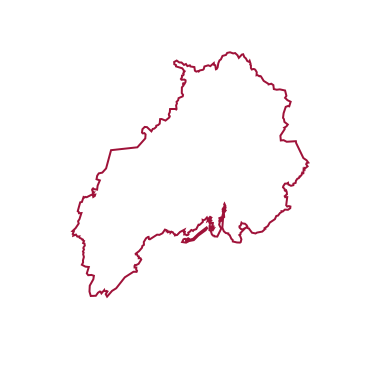 Ballina Lea-6, Mayo, Ireland, rotated 124°
{"feature_id": "5873133B94480778200635", "entity_name": "Ballina Lea-6", "entity_type": "district", "adm_level": 2, "iso_a3": "IRL", "parent_name": "Ireland", "parent_adm1": "Mayo", "projection": "robinson", "projection_center": [-9.261, 54.165], "detail": "fine", "context": "isolated", "style": "outline", "palette": "rose", "viewbox_px": 384, "rotation_deg": 124, "n_neighbors": 0, "source": "geoboundaries", "source_scale": "gbopen_adm2", "svg_char_len": 6068}
<svg xmlns="http://www.w3.org/2000/svg" viewBox="0 0 384 384"><g transform="rotate(124 192 192)"><path d="M91.6,278.2L94.2,279.5L96.0,278.1L95.7,276.4L96.8,275.5L94.9,269.2L95.9,266.5L96.6,266.2L96.3,265.6L98.6,265.6L98.9,264.8L100.1,264.5L101.1,265.4L102.7,264.4L104.5,264.4L104.8,263.5L103.0,261.1L103.0,259.8L104.4,258.9L106.5,258.7L106.7,260.0L107.5,259.9L108.4,258.6L110.9,258.9L115.7,255.8L116.5,253.7L117.9,253.2L121.7,255.6L123.7,254.8L125.9,255.2L127.0,254.0L129.1,253.6L131.9,251.2L132.4,251.2L132.6,252.4L135.5,256.6L138.3,255.0L140.5,254.7L141.6,253.6L141.6,252.8L142.9,252.5L147.6,253.9L148.5,258.0L149.4,259.2L153.4,257.0L155.4,257.5L157.0,258.7L158.1,258.1L160.5,258.7L161.7,259.8L164.4,259.6L163.4,265.6L164.5,267.6L167.7,268.2L170.7,266.7L170.9,265.5L169.8,264.4L170.2,262.7L173.7,260.7L185.5,262.3L202.6,282.5L220.5,276.4L226.1,277.2L228.7,279.7L231.5,279.7L234.8,278.3L233.9,274.9L239.5,273.8L243.1,272.0L244.4,274.8L244.3,276.0L245.7,276.2L246.4,275.7L247.1,274.0L248.3,274.6L247.2,273.1L249.0,273.1L249.3,271.9L248.3,270.8L249.7,270.4L251.3,271.1L250.2,272.2L250.2,273.6L255.2,276.4L255.8,277.8L256.7,278.0L256.8,279.1L261.8,277.7L263.1,278.9L271.8,276.0L271.8,274.9L272.8,273.8L271.3,271.9L277.5,270.1L279.9,270.1L281.5,268.3L287.1,268.3L291.2,269.2L290.7,268.0L293.5,267.4L293.5,266.5L294.6,266.0L292.2,264.4L293.1,262.1L291.8,260.6L292.5,260.4L292.8,259.5L292.5,257.1L292.9,256.3L292.5,255.7L293.1,255.0L293.0,254.1L295.2,253.7L294.9,252.3L296.4,250.9L298.4,251.0L299.3,250.7L299.9,249.5L302.5,249.0L302.9,247.9L304.4,247.5L306.3,245.3L309.6,244.2L311.3,242.9L313.9,242.6L313.5,238.7L311.9,235.6L318.3,233.7L319.0,231.5L317.0,229.0L316.3,226.5L319.5,225.0L326.8,224.4L331.9,221.3L334.8,217.8L331.8,213.7L328.1,213.6L326.1,212.8L325.8,212.1L326.7,210.4L322.4,209.9L323.0,209.3L322.4,207.8L321.8,207.5L321.7,206.5L324.9,206.4L326.2,203.9L318.7,203.0L314.2,201.0L300.3,200.0L290.8,195.9L289.2,193.3L288.1,193.5L287.4,195.0L285.8,195.9L286.7,197.4L285.5,198.3L284.3,198.4L283.9,197.5L281.4,196.1L276.4,196.3L275.7,197.7L276.7,199.1L275.2,200.0L275.5,201.0L274.6,202.5L274.9,203.3L274.3,203.4L275.0,203.9L274.7,204.2L270.6,202.8L266.2,202.3L264.5,203.0L262.7,202.3L260.4,204.0L256.1,204.2L254.0,203.4L253.5,202.9L255.1,201.3L254.8,200.5L246.9,197.1L245.7,195.0L242.7,193.4L238.3,193.4L237.9,191.8L238.7,191.2L237.3,189.8L238.7,190.4L239.0,189.6L237.5,188.5L237.7,187.9L237.0,187.4L237.6,187.0L236.5,186.8L236.1,185.5L236.9,183.4L236.6,182.5L237.5,181.9L235.9,180.3L231.9,179.6L227.6,177.3L229.3,177.0L229.9,176.3L229.2,175.6L231.5,174.7L230.8,173.7L230.9,172.4L229.9,171.4L229.0,171.2L227.8,172.4L225.6,171.4L224.6,171.6L223.7,171.1L223.7,169.4L222.5,169.3L220.4,167.7L215.5,168.3L215.2,167.4L210.7,166.3L209.2,167.5L209.1,166.7L207.4,165.7L204.8,165.4L206.2,163.2L207.2,162.9L206.1,162.5L206.4,162.0L204.0,163.3L202.5,163.1L202.4,161.7L203.5,161.8L203.3,161.2L203.8,161.9L205.1,161.5L204.4,161.1L205.3,160.7L205.1,160.2L206.1,160.3L205.4,161.1L206.1,161.7L207.4,160.9L208.4,159.2L207.6,159.2L207.4,159.8L206.1,160.1L207.3,158.5L206.4,157.3L205.1,157.9L208.3,156.2L208.8,155.7L208.5,154.9L211.1,154.2L210.2,153.5L212.1,153.4L212.0,154.5L212.4,154.6L209.8,156.8L210.3,158.4L213.9,156.2L213.8,154.6L215.9,152.0L216.4,150.4L215.9,149.2L216.3,148.6L214.8,146.1L206.1,147.3L203.9,151.2L201.5,152.2L200.8,153.2L198.6,153.7L199.0,153.9L198.4,154.7L197.0,153.8L197.7,152.8L195.1,152.5L194.8,153.4L191.8,154.5L191.0,155.6L190.6,155.7L190.5,154.6L189.7,154.9L188.9,155.7L189.4,156.8L189.1,157.0L185.3,157.1L184.3,158.4L183.6,158.5L184.8,156.6L187.8,156.0L186.8,155.3L188.5,154.7L188.5,153.8L191.5,153.9L194.8,151.3L196.8,152.0L199.3,151.6L197.6,150.9L204.6,146.9L206.8,143.6L207.1,141.0L206.0,138.7L206.8,138.1L206.7,136.6L208.8,133.2L209.0,131.5L210.2,130.5L208.7,126.5L207.1,123.9L206.3,123.6L203.6,124.6L201.5,127.5L201.2,128.7L199.7,128.2L198.8,128.9L191.9,127.6L194.9,129.2L195.3,130.6L194.9,132.7L193.9,133.5L192.5,132.9L189.8,133.8L190.0,132.9L188.7,130.4L189.0,128.1L189.7,126.8L191.2,127.3L190.4,124.3L191.2,122.7L191.7,122.9L191.1,122.6L192.2,119.5L190.8,116.1L189.3,115.4L185.5,111.6L182.7,110.9L181.6,111.5L181.3,110.7L180.5,111.2L177.9,110.1L173.9,110.4L168.2,108.1L164.7,108.7L163.5,107.5L160.2,107.3L158.4,106.5L157.8,107.0L157.2,105.8L154.6,105.1L153.1,102.5L150.5,101.5L149.0,102.3L149.5,103.8L150.8,104.9L150.3,106.5L143.0,110.2L144.2,111.8L143.6,112.8L140.8,112.0L139.0,113.5L138.0,114.9L138.9,115.4L138.8,116.0L137.8,116.7L137.2,119.2L136.0,119.6L133.1,119.6L131.9,118.0L130.7,117.5L131.9,116.3L131.5,113.4L129.7,111.8L128.4,112.6L126.5,111.2L124.6,112.1L122.2,112.1L120.8,111.2L119.0,111.5L118.9,111.0L116.4,110.7L115.3,111.2L114.6,110.5L114.2,111.1L113.8,110.4L110.4,112.4L110.4,111.3L109.1,112.1L108.9,111.4L106.1,110.5L105.1,112.9L103.9,113.1L102.6,112.0L101.6,114.9L101.6,118.6L93.2,133.0L91.8,134.3L97.4,141.6L97.8,145.0L99.6,147.2L95.9,150.2L88.1,150.3L87.2,150.8L87.1,151.5L84.8,150.4L82.5,150.3L82.2,154.6L80.2,156.5L79.6,158.0L75.5,160.1L69.0,161.9L67.0,160.5L66.6,159.3L62.0,160.7L62.5,164.2L61.9,167.5L59.5,167.5L55.8,171.6L57.8,176.6L59.8,178.9L60.9,181.7L57.9,184.3L57.9,186.8L60.0,188.7L59.6,189.2L59.8,194.7L57.6,199.5L57.8,200.6L58.4,200.9L58.5,203.3L59.1,203.8L56.5,205.3L55.4,207.6L55.2,208.7L55.7,209.9L57.0,210.9L56.2,212.6L54.0,214.0L53.8,215.0L52.9,215.2L51.1,217.5L52.2,217.4L52.5,219.4L51.1,222.1L50.9,224.0L49.2,226.6L50.2,227.5L54.6,228.2L53.2,230.7L52.7,233.9L54.1,235.4L54.9,238.6L57.0,240.6L59.4,240.5L62.1,242.8L65.9,242.2L67.5,242.8L70.5,242.2L74.5,240.4L76.4,240.4L76.9,240.8L73.9,243.6L74.3,244.7L72.9,246.0L77.4,247.2L77.9,249.4L81.0,251.9L83.6,251.0L84.6,251.3L86.8,253.5L88.3,253.8L88.1,254.4L89.8,255.8L89.8,257.4L87.1,259.9L88.8,263.5L88.2,264.6L90.2,266.2L89.3,268.6L91.1,269.7L90.5,273.1L91.7,275.0L91.6,278.2ZM236.0,172.6L239.0,172.2L237.3,168.6L234.3,167.0L230.9,163.6L224.6,162.4L216.0,159.3L213.6,159.2L213.2,160.1L222.7,163.3L230.0,164.9L232.4,166.7L232.5,169.3L232.9,169.5L233.2,168.5L235.6,169.8L234.6,170.7L234.7,171.6L236.0,172.6Z" fill="none" stroke="#9f1239" stroke-width="2"/></g></svg>